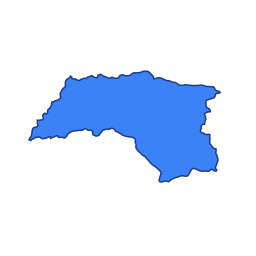 outline of Joaquim Felício, Minas Gerais, Brazil, rotated 254°
{"feature_id": "56859067B86267150913030", "entity_name": "Joaquim Felício", "entity_type": "district", "adm_level": 2, "iso_a3": "BRA", "parent_name": "Brazil", "parent_adm1": "Minas Gerais", "projection": "natural_earth1", "projection_center": [-44.115, -17.647], "detail": "fine", "context": "isolated", "style": "filled", "palette": "blue", "viewbox_px": 256, "rotation_deg": 254, "n_neighbors": 0, "source": "geoboundaries", "source_scale": "gbopen_adm2", "svg_char_len": 4394}
<svg xmlns="http://www.w3.org/2000/svg" viewBox="0 0 256 256"><g transform="rotate(254 128 128)"><path d="M154.4,38.9L154.1,37.0L153.1,35.8L152.1,35.3L150.9,34.8L149.7,34.2L148.5,33.8L147.4,33.1L146.3,32.2L145.3,30.8L143.9,29.6L142.7,31.0L143.6,32.5L143.7,34.7L144.6,36.3L144.0,37.7L144.1,39.9L143.0,41.2L141.5,42.2L140.9,44.4L140.8,46.3L141.2,48.2L141.3,50.0L140.6,51.1L139.3,50.7L139.8,52.8L139.8,54.4L140.2,56.2L140.1,58.0L138.7,58.3L137.8,59.3L137.7,61.1L137.0,62.5L135.9,63.8L136.3,65.5L137.3,67.1L138.6,68.2L139.3,69.6L139.9,71.9L140.2,74.1L139.8,76.2L139.5,78.2L139.3,79.6L139.1,81.3L138.4,83.3L138.8,85.1L139.3,86.7L138.1,88.0L136.8,89.0L136.6,90.5L135.8,92.3L134.1,93.0L132.4,92.4L131.0,92.5L130.5,93.6L129.3,94.5L128.8,96.3L129.2,98.4L130.8,100.2L131.9,102.0L132.9,103.2L132.6,104.7L133.2,106.3L132.2,108.5L132.0,110.3L132.4,112.2L131.7,113.3L130.8,114.2L129.7,115.0L128.2,115.1L127.5,116.2L126.8,117.4L125.5,118.1L124.5,119.5L123.2,120.3L121.7,121.9L120.7,123.7L119.8,125.2L119.1,126.8L118.2,129.2L116.9,130.7L115.5,131.9L114.1,131.8L112.4,130.9L110.9,131.2L109.7,131.2L108.0,130.4L106.3,130.2L105.0,130.7L103.6,131.2L102.1,132.0L100.3,133.2L99.1,133.8L97.9,134.5L96.7,135.5L96.1,136.7L94.7,136.9L93.6,137.4L92.2,138.2L90.5,139.2L89.0,139.5L87.5,140.5L86.0,141.3L84.8,142.2L83.8,143.3L82.8,143.9L81.9,144.7L80.5,145.3L79.4,146.2L78.1,146.7L77.0,147.4L75.5,147.4L73.9,146.4L72.5,145.4L71.5,144.9L70.3,144.2L69.1,143.4L67.5,143.8L66.7,145.7L66.8,147.3L66.7,148.8L66.4,150.4L65.1,152.2L65.6,153.6L66.3,154.7L66.7,156.6L67.2,159.0L67.2,161.4L67.3,164.5L67.4,166.2L66.9,167.6L66.2,169.0L65.6,170.5L65.6,172.1L66.2,173.1L67.1,174.1L68.6,175.5L69.9,176.8L70.7,177.8L71.2,179.1L70.8,180.7L69.8,182.0L69.0,182.8L68.0,184.0L67.1,185.2L66.2,187.1L65.6,188.9L65.4,190.7L64.5,192.1L64.2,194.1L65.2,195.9L65.1,197.4L64.1,198.3L62.9,199.2L62.3,201.0L63.3,201.9L64.6,200.9L66.0,201.2L67.5,202.3L68.8,203.3L70.1,204.1L71.5,205.2L73.4,205.9L75.0,205.8L76.3,206.0L77.9,205.8L79.0,205.4L80.5,205.7L82.0,206.5L83.7,206.8L84.4,205.5L85.1,204.6L86.7,203.7L88.6,203.1L90.3,202.5L91.6,202.5L93.2,203.1L94.2,203.6L95.7,203.8L97.2,204.2L98.8,204.9L99.7,203.9L100.1,201.8L100.9,199.9L102.2,199.1L103.0,197.8L104.3,196.6L106.2,197.1L107.4,198.3L108.9,198.3L110.2,199.6L111.1,201.0L110.5,202.5L111.9,203.3L113.8,204.2L115.2,205.4L116.4,205.3L117.8,205.7L119.6,205.3L120.6,205.6L121.1,206.8L121.3,208.2L121.4,209.8L120.9,211.5L122.6,211.9L124.2,211.2L125.1,210.2L126.1,209.3L127.6,209.0L129.3,209.5L130.6,209.9L131.7,210.1L132.9,210.6L133.1,212.4L133.2,215.0L133.3,217.1L133.4,219.2L134.5,220.5L136.1,221.0L136.8,222.5L136.6,223.8L136.4,225.1L136.7,226.4L137.9,225.9L139.0,224.1L140.1,222.7L141.2,222.2L142.4,222.2L143.7,221.8L144.6,220.0L145.2,218.4L145.7,216.6L146.3,214.9L147.1,213.6L148.1,212.4L148.6,211.2L149.1,209.8L149.5,207.4L150.0,205.8L150.3,204.0L150.9,202.1L151.6,200.4L152.2,198.9L152.7,197.6L153.4,196.0L153.8,194.1L154.0,192.1L154.6,190.1L155.7,188.5L156.6,187.8L157.6,187.1L158.7,186.1L159.2,184.7L159.8,183.4L161.1,181.9L162.3,180.2L162.7,178.9L163.3,177.7L164.7,176.2L165.9,174.7L167.0,173.3L167.6,172.1L168.1,170.6L168.0,168.1L168.0,166.4L169.2,166.3L170.4,166.5L171.8,165.9L173.5,165.0L175.5,164.0L176.9,162.7L177.6,161.2L178.0,159.8L178.3,157.8L177.9,155.7L178.2,154.1L178.3,152.7L178.8,151.0L179.5,148.8L179.0,146.7L178.2,144.7L178.1,142.8L178.7,140.5L179.7,138.9L180.8,137.2L180.8,135.0L179.8,133.6L178.8,132.6L178.9,130.8L179.3,129.1L180.2,127.8L181.3,126.7L180.9,125.5L181.0,124.0L181.6,122.6L182.6,121.5L183.8,120.1L184.9,118.1L186.3,117.4L187.2,116.4L187.2,115.1L186.7,113.5L185.3,112.7L185.0,111.5L185.9,109.8L186.7,108.9L187.7,108.3L188.5,107.3L188.0,106.0L188.2,103.7L187.4,101.9L187.5,100.4L188.0,99.1L187.5,97.7L187.9,96.0L187.0,94.7L187.7,93.0L188.6,91.7L189.6,91.2L189.9,89.9L190.7,88.1L192.3,87.9L193.7,87.2L192.6,85.9L192.0,84.3L191.7,83.0L191.1,81.7L189.8,80.6L188.5,80.3L187.2,79.7L185.3,79.4L184.5,78.2L184.0,76.7L182.8,75.0L181.3,73.7L180.0,72.4L178.2,71.9L176.9,71.7L175.5,71.8L174.9,70.3L174.2,68.7L174.2,67.0L174.2,65.5L173.8,64.0L174.0,62.2L172.3,61.1L170.9,60.6L169.5,59.5L168.4,57.7L167.4,55.8L165.9,55.2L164.5,54.8L164.0,53.5L165.1,52.2L164.8,50.9L163.6,49.6L162.5,49.2L161.4,49.5L160.0,49.1L159.4,47.3L159.9,45.8L160.0,44.2L160.5,43.0L158.9,42.6L157.4,42.1L155.9,42.5L154.7,41.4L153.8,40.1L154.4,38.9Z" fill="#3b82f6" stroke="#1e3a8a" stroke-width="1.5"/></g></svg>